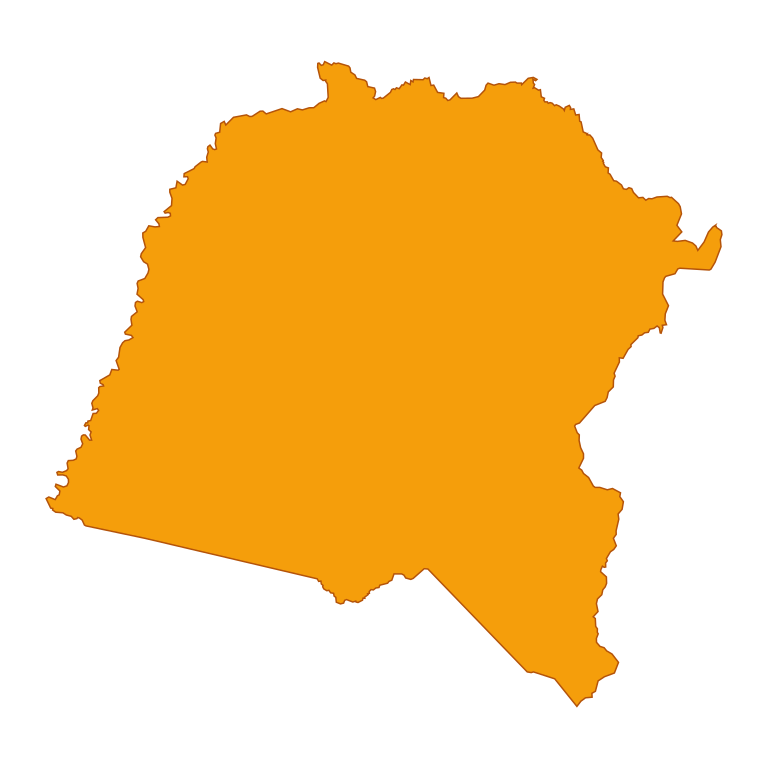 Lumezi, Eastern, Zambia (orthographic projection)
{"feature_id": "96606910B53587891275683", "entity_name": "Lumezi", "entity_type": "district", "adm_level": 2, "iso_a3": "ZMB", "parent_name": "Zambia", "parent_adm1": "Eastern", "projection": "orthographic", "projection_center": [32.613, -12.696], "detail": "fine", "context": "isolated", "style": "filled", "palette": "amber", "viewbox_px": 768, "rotation_deg": 0, "n_neighbors": 0, "source": "geoboundaries", "source_scale": "gbopen_adm2", "svg_char_len": 5975}
<svg xmlns="http://www.w3.org/2000/svg" viewBox="0 0 768 768"><path d="M220.6,123.5L219.7,132.2L215.6,133.4L214.9,135.1L216.1,138.0L215.3,143.6L216.5,149.0L214.7,149.6L212.7,148.9L210.0,145.1L207.9,146.7L207.4,148.7L208.3,152.0L206.7,157.2L207.2,162.0L202.5,161.4L201.0,162.1L195.1,166.7L194.1,168.6L184.2,173.6L183.9,176.8L187.5,176.7L188.2,178.7L185.2,184.4L182.6,185.1L177.1,181.2L175.9,187.8L169.8,189.3L169.8,192.2L172.0,198.4L171.5,205.6L164.1,211.6L165.1,213.1L168.2,212.5L170.3,213.3L170.5,215.9L167.9,217.2L157.9,217.6L155.6,219.8L158.9,223.8L159.4,226.5L155.0,226.9L148.8,225.8L145.7,231.3L142.8,233.0L142.9,237.4L145.6,247.6L141.3,253.7L140.6,256.8L143.6,261.7L147.5,264.1L148.9,269.4L148.0,273.0L144.8,278.5L138.2,281.0L137.1,283.4L138.1,288.4L137.0,294.2L143.2,299.7L143.7,301.6L141.8,302.6L137.4,301.2L135.5,302.5L135.0,306.0L137.2,311.8L131.5,316.4L131.0,319.3L131.9,325.2L124.7,332.2L125.4,334.1L131.4,335.4L133.0,337.6L128.8,340.0L125.0,340.7L122.6,342.8L120.0,347.5L118.6,357.2L116.1,360.6L119.2,369.3L118.1,370.2L111.8,369.5L109.8,374.9L99.8,380.6L100.3,383.2L103.2,384.7L103.6,386.0L100.0,386.5L98.7,387.7L98.8,393.0L97.7,395.8L92.9,400.7L91.8,403.3L93.0,407.9L92.3,410.0L97.3,408.6L98.6,410.4L96.4,413.3L93.1,413.5L90.7,420.5L87.9,421.1L87.7,422.8L85.9,422.8L84.4,425.5L85.3,426.4L88.1,425.1L89.0,425.7L88.6,429.6L91.1,431.9L90.0,435.0L91.6,440.1L89.6,440.2L85.3,435.0L83.3,434.9L81.6,436.1L81.0,439.1L82.7,443.8L81.0,447.3L77.1,449.1L75.7,451.0L76.9,456.3L76.2,458.9L73.2,460.3L68.3,460.6L67.1,463.1L68.1,468.7L66.6,470.6L62.4,472.3L58.5,471.5L56.9,472.4L57.7,475.0L62.9,474.9L66.3,476.0L68.4,479.2L68.5,482.5L66.9,485.8L63.5,487.0L56.0,484.2L55.3,486.5L59.9,491.0L59.2,494.8L57.4,495.8L55.2,499.6L48.8,497.0L46.1,498.6L50.7,508.1L52.8,508.5L52.6,510.0L55.7,512.2L62.9,512.8L66.3,515.0L71.2,516.3L73.9,519.3L76.9,518.6L77.7,517.5L79.4,518.0L82.2,520.1L84.4,525.0L86.0,525.9L144.9,538.3L317.2,578.8L318.7,581.4L320.9,581.1L321.3,583.9L323.0,585.4L322.7,586.8L323.8,588.9L326.8,590.7L328.9,590.3L330.6,592.8L333.6,593.3L334.1,596.1L335.8,597.3L336.3,602.2L340.5,603.9L343.6,603.1L344.7,600.3L346.6,599.6L352.8,602.0L355.8,601.1L356.0,602.0L358.0,602.5L362.5,600.2L363.0,598.2L364.8,598.3L364.5,597.3L368.1,594.6L367.6,593.7L369.4,593.3L369.2,591.6L371.0,589.6L373.4,589.9L375.8,588.0L379.0,587.5L379.8,585.2L387.6,583.2L389.0,581.4L391.8,580.2L394.0,573.9L401.6,573.9L403.9,575.1L405.7,578.0L410.8,579.4L413.2,578.4L424.2,568.7L427.9,569.0L527.2,671.9L531.2,672.6L533.4,671.9L554.7,678.8L576.9,706.4L580.9,701.2L585.5,697.8L592.1,697.2L591.9,693.3L595.4,691.3L598.1,680.9L604.5,676.7L614.4,673.0L618.5,662.4L612.0,654.0L606.7,650.9L604.1,647.7L600.0,646.4L596.5,642.3L596.4,638.4L598.2,633.8L597.3,632.3L597.4,628.8L595.7,626.4L595.3,618.5L593.2,616.8L598.0,611.5L596.4,603.6L597.5,598.9L601.8,594.7L602.8,589.8L605.2,586.9L606.6,583.3L606.4,576.9L600.6,571.7L600.8,569.8L602.4,566.2L604.2,567.3L605.7,567.0L605.6,562.9L607.3,560.8L606.4,558.5L610.4,551.8L613.8,549.4L616.3,545.8L613.4,538.3L616.2,534.4L616.1,530.8L618.8,519.1L618.1,514.0L622.1,509.3L623.4,501.7L619.8,496.6L620.5,492.8L612.5,488.5L607.3,489.8L599.8,487.4L595.1,487.4L593.3,486.0L588.6,477.5L583.5,473.5L581.7,470.1L578.8,468.0L583.5,458.3L583.5,453.8L580.6,447.6L579.1,440.5L579.3,434.9L577.2,432.7L574.6,426.0L575.7,424.4L579.5,423.0L594.8,405.5L605.2,401.3L607.1,397.6L608.3,391.9L613.3,386.9L613.5,379.9L615.1,376.2L614.1,373.2L619.4,362.0L619.3,357.8L623.1,358.3L628.1,349.4L631.1,346.6L630.9,344.6L637.9,337.7L638.2,335.8L641.9,335.0L644.6,332.8L648.3,332.3L649.9,329.1L653.9,328.4L657.1,326.0L659.3,327.7L660.2,332.9L661.1,333.2L662.9,327.6L662.3,325.3L666.5,324.7L664.9,320.3L665.3,313.8L668.5,305.7L662.6,294.1L663.0,281.9L664.6,277.7L665.9,276.3L675.0,273.7L677.8,268.9L679.8,268.2L709.3,270.0L710.9,269.2L715.1,262.2L721.0,246.7L720.3,239.6L721.9,234.7L721.4,230.9L716.5,227.5L716.2,226.3L715.0,226.2L715.5,225.2L712.7,227.1L708.5,232.0L704.1,242.0L697.8,250.4L695.9,246.0L692.5,243.0L685.2,240.4L677.4,241.4L673.2,240.9L681.8,231.9L676.9,225.3L681.5,213.9L680.2,206.7L678.5,203.7L671.5,197.3L670.0,197.6L667.2,196.3L656.9,197.0L651.9,198.8L648.7,198.5L645.8,200.2L642.9,197.4L638.5,197.8L633.4,192.4L631.7,188.6L628.9,187.7L626.4,189.4L623.4,188.8L621.5,185.0L616.5,181.2L613.7,180.7L610.1,174.3L608.1,172.9L608.4,167.9L605.3,166.8L603.4,163.5L603.7,162.4L602.7,161.3L603.3,160.6L601.2,157.5L601.6,153.0L597.9,149.9L592.7,138.2L589.9,135.0L587.5,134.9L587.5,133.9L586.8,134.5L586.3,133.3L583.2,131.9L581.1,121.9L579.7,121.2L579.1,114.5L575.7,115.0L573.8,108.9L570.4,109.4L570.6,107.6L569.3,105.4L565.2,107.3L564.3,110.5L563.5,109.0L559.1,106.0L556.2,104.8L554.6,105.7L552.2,103.2L550.1,102.6L548.2,103.3L547.4,101.9L544.9,101.9L543.8,100.3L544.5,98.3L541.3,96.8L540.4,89.7L538.6,90.2L534.5,87.7L533.2,88.1L534.6,84.5L533.4,83.2L532.9,79.3L535.6,80.7L537.0,79.4L533.3,77.4L528.2,78.3L521.7,84.7L521.4,83.1L517.0,83.1L515.4,82.1L510.4,82.3L505.0,84.6L499.0,83.7L494.0,85.2L488.0,83.1L486.1,85.2L484.7,90.1L478.4,96.6L472.1,98.2L460.8,98.3L458.4,96.6L456.8,93.0L450.0,99.9L447.8,100.5L445.8,98.2L443.6,97.6L443.9,93.3L437.6,92.4L433.7,85.1L431.0,85.5L429.0,77.5L427.2,78.7L424.8,78.0L423.1,79.7L413.5,79.5L413.0,81.9L410.8,80.5L410.2,84.6L405.4,82.0L403.5,85.1L401.9,84.9L399.2,88.7L396.4,87.8L395.0,89.5L393.6,88.8L391.8,89.5L390.4,92.4L383.2,98.2L381.5,98.4L380.3,97.4L375.8,99.6L373.1,97.9L374.6,96.1L375.6,91.6L374.5,88.1L367.8,86.6L366.6,81.8L364.7,80.2L356.6,78.4L354.9,74.9L350.8,72.2L350.0,67.9L348.6,66.1L338.4,63.1L335.9,63.7L333.9,62.9L331.7,65.1L324.7,61.6L323.3,64.7L321.3,65.4L319.0,63.0L317.8,63.4L317.6,67.4L320.2,78.2L323.1,80.5L325.8,80.1L325.6,81.2L327.4,83.8L328.2,97.4L326.0,101.6L324.5,100.9L319.1,103.3L313.8,107.7L309.2,107.8L302.4,109.9L297.4,108.8L290.6,111.8L282.0,108.6L266.2,113.9L262.9,111.1L260.1,111.2L252.1,116.4L249.7,116.5L246.5,114.9L233.5,117.3L225.8,125.0L224.2,121.4L220.6,123.5Z" fill="#f59e0b" stroke="#b45309" stroke-width="1.5"/></svg>